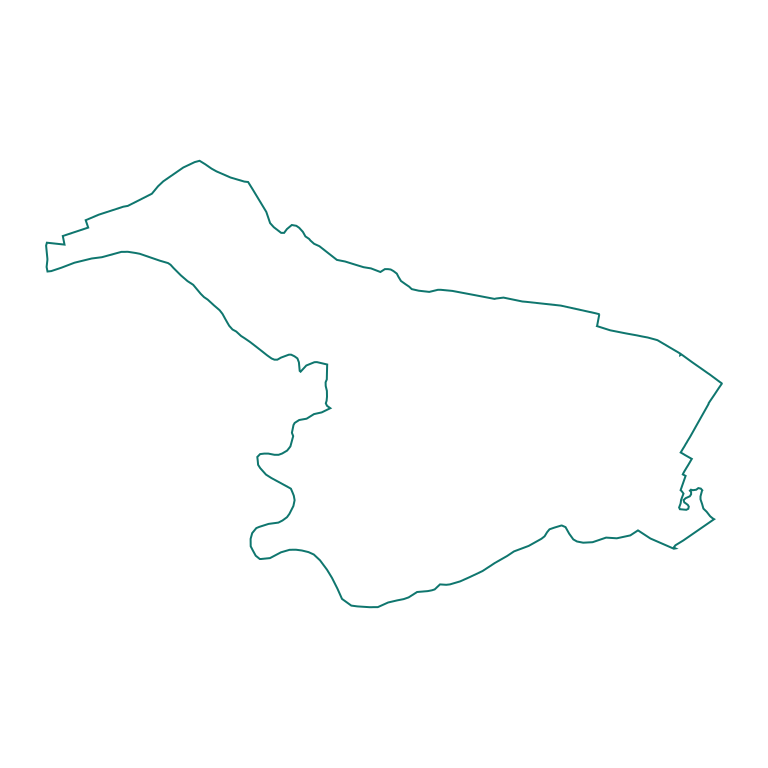 Banjul North, Banjul, Gambia (Mercator projection)
{"feature_id": "56634734B93236052329958", "entity_name": "Banjul North", "entity_type": "district", "adm_level": 2, "iso_a3": "GMB", "parent_name": "Gambia", "parent_adm1": "Banjul", "projection": "mercator", "projection_center": [-16.6, 13.458], "detail": "fine", "context": "isolated", "style": "outline", "palette": "teal", "viewbox_px": 768, "rotation_deg": 0, "n_neighbors": 0, "source": "geoboundaries", "source_scale": "gbopen_adm2", "svg_char_len": 4060}
<svg xmlns="http://www.w3.org/2000/svg" viewBox="0 0 768 768"><path d="M599.6,314.3L595.7,313.3L560.8,305.6L525.9,301.8L522.4,301.5L503.5,297.6L496.2,298.5L494.5,298.9L475.7,295.3L452.3,290.9L440.8,289.8L437.9,289.8L429.3,291.9L423.1,291.2L418.7,290.7L411.7,289.1L409.2,286.7L405.5,284.2L401.0,281.0L398.5,276.9L396.8,273.6L393.5,271.1L390.7,269.5L387.8,269.1L384.9,269.1L380.4,272.0L371.0,268.4L363.6,267.2L355.7,264.8L345.1,261.5L336.9,259.9L319.4,246.2L314.1,243.8L310.4,240.5L309.1,238.9L305.4,236.4L302.9,231.9L299.2,227.8L296.3,225.8L291.8,225.0L286.9,229.1L284.1,232.9L281.2,232.9L273.8,227.2L270.1,223.1L266.3,211.9L252.7,189.4L248.1,182.0L244.4,181.6L230.5,177.5L216.5,171.4L211.5,168.6L205.0,164.1L199.6,160.8L194.7,162.1L183.3,167.5L163.3,181.3L158.0,186.3L151.9,193.7L127.8,205.9L123.3,206.7L98.7,214.7L85.7,220.2L88.2,227.6L62.8,236.0L64.5,244.6L46.9,242.7L46.1,245.6L47.4,258.8L47.4,260.0L46.6,267.0L47.5,271.5L51.2,271.1L61.4,267.7L74.5,262.7L91.7,258.5L101.9,257.2L121.3,251.9L127.9,251.8L135.7,253.0L139.8,253.8L159.9,260.7L168.1,263.1L170.6,264.8L173.5,268.0L180.9,275.4L187.5,281.1L193.2,284.8L200.7,293.8L204.0,297.1L207.7,299.6L213.9,305.3L219.6,310.2L222.5,313.9L225.4,319.2L227.5,322.9L229.2,325.8L232.5,329.5L236.2,331.5L241.1,336.0L244.4,338.1L249.8,341.8L257.2,347.5L267.1,355.3L271.6,358.5L274.5,359.7L277.3,359.7L281.0,357.6L288.8,354.7L291.2,354.7L294.5,356.3L297.4,358.4L298.9,362.3L299.7,370.9L300.6,371.7L306.3,365.5L314.4,362.2L316.9,362.1L317.3,362.2L327.2,364.5L327.1,366.9L326.8,379.4L325.6,382.3L325.7,386.0L326.9,390.9L327.0,396.7L326.6,400.8L325.8,403.3L327.0,405.8L330.3,408.2L326.2,410.2L321.7,412.4L314.0,414.1L306.6,418.7L299.2,420.0L294.7,422.9L293.5,425.0L291.9,432.8L293.2,436.1L290.4,446.4L288.8,448.5L287.1,450.6L282.2,453.5L278.6,454.8L274.5,454.8L268.3,453.6L264.2,453.6L260.1,454.1L257.3,457.0L257.7,460.3L258.1,464.8L260.2,468.1L266.0,474.6L271.5,478.1L288.8,487.5L290.9,488.7L292.5,492.4L293.8,495.7L294.6,500.2L293.4,506.0L289.4,513.9L287.0,517.2L282.5,520.5L278.4,522.6L268.6,523.9L259.2,526.9L256.3,528.1L252.2,533.1L250.6,538.9L250.7,546.3L252.8,550.4L255.7,555.7L259.8,559.0L261.0,559.0L270.0,558.1L281.0,552.3L289.6,549.8L295.8,549.7L301.9,550.5L308.5,552.1L313.8,554.5L320.0,560.3L327.0,569.7L332.0,577.9L337.4,588.6L342.0,598.9L351.3,605.6L357.4,606.4L369.7,607.2L377.9,607.1L388.1,602.5L397.1,600.4L403.7,599.1L408.6,597.4L417.1,592.0L427.8,591.1L431.9,590.3L434.7,589.4L440.0,584.4L446.2,584.8L449.9,584.4L460.1,581.4L469.5,577.2L482.6,571.0L494.8,563.0L507.1,556.0L514.0,551.4L528.7,545.9L541.4,538.8L544.6,536.3L547.1,532.2L549.5,529.3L554.4,527.6L561.4,525.5L561.8,525.5L565.5,527.1L569.2,533.7L573.3,539.4L577.0,541.5L583.2,542.7L592.6,542.2L606.1,537.6L616.8,538.3L630.3,535.4L637.5,530.7L637.9,530.4L638.0,530.4L639.1,531.1L650.4,538.5L673.8,548.7L675.5,548.4L673.7,547.5L675.4,545.3L683.4,540.4L713.8,519.4L714.1,519.2L712.9,518.5L710.2,516.3L706.6,511.7L703.4,508.6L702.1,504.0L701.0,500.8L700.9,500.5L700.5,499.3L700.5,496.4L702.0,490.7L702.3,490.3L700.8,488.6L698.3,488.1L696.3,489.7L692.9,490.2L690.9,489.7L689.9,490.7L691.1,491.9L691.1,494.3L689.8,496.3L685.6,498.2L683.6,500.1L684.3,502.4L685.4,503.1L687.8,504.9L688.8,506.6L688.3,508.8L686.3,509.8L679.9,509.2L679.1,507.5L680.6,503.5L681.1,499.9L683.5,493.6L681.8,491.3L681.3,490.8L680.6,490.2L685.6,475.9L682.8,474.4L683.3,473.3L684.0,472.0L684.5,471.1L685.6,469.3L686.6,467.6L687.3,466.5L688.7,464.2L691.6,459.2L691.8,458.9L684.4,454.7L684.0,454.4L680.9,452.6L680.7,452.5L683.4,448.0L684.3,446.6L685.7,444.1L686.9,442.2L687.3,441.4L690.0,437.0L691.3,434.7L694.1,429.7L695.6,427.0L699.6,419.9L701.4,416.7L707.2,406.4L708.6,403.9L708.6,403.3L710.1,401.0L714.4,394.7L718.9,387.9L721.8,383.7L721.6,383.2L720.9,382.7L719.7,381.9L709.5,374.3L707.7,373.1L703.3,370.0L692.0,362.1L682.4,355.1L681.5,354.5L680.2,355.2L680.4,353.7L657.5,340.2L655.8,339.7L647.7,337.5L641.8,336.4L637.0,335.4L628.1,333.8L625.4,333.3L610.2,330.3L599.8,327.0L597.0,326.1L597.1,325.9L599.3,314.3L599.6,314.3Z" fill="none" stroke="#0f766e" stroke-width="2"/></svg>